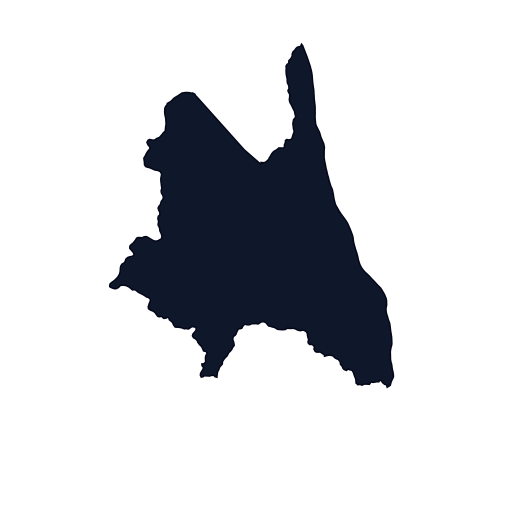 Manga, Minas Gerais, Brazil, rotated 331°
{"feature_id": "56859067B62699928720183", "entity_name": "Manga", "entity_type": "district", "adm_level": 2, "iso_a3": "BRA", "parent_name": "Brazil", "parent_adm1": "Minas Gerais", "projection": "natural_earth1", "projection_center": [-44.106, -14.67], "detail": "fine", "context": "isolated", "style": "filled", "palette": "ink", "viewbox_px": 512, "rotation_deg": 331, "n_neighbors": 0, "source": "geoboundaries", "source_scale": "gbopen_adm2", "svg_char_len": 6134}
<svg xmlns="http://www.w3.org/2000/svg" viewBox="0 0 512 512"><g transform="rotate(331 256 256)"><path d="M398.5,92.8L396.7,94.3L393.3,93.4L391.4,93.9L389.5,94.9L387.7,95.2L385.8,96.6L384.5,98.8L382.9,99.8L381.3,100.6L379.5,101.0L378.1,103.3L376.1,103.5L374.4,104.4L373.4,106.5L372.2,108.4L371.4,109.9L370.7,111.4L369.9,113.7L369.2,116.1L368.1,118.1L367.3,120.2L367.3,122.8L366.0,125.6L364.1,126.8L363.8,128.8L363.9,130.9L362.5,133.3L361.1,135.1L360.4,136.8L360.1,138.7L360.2,141.1L360.0,143.4L359.8,148.2L358.9,150.8L358.4,153.2L356.7,154.4L355.0,154.9L352.4,158.1L350.4,163.0L350.0,165.0L349.0,166.4L347.6,167.5L344.4,170.6L342.6,171.0L340.7,170.2L339.4,169.0L337.8,169.2L336.7,171.0L334.8,172.5L333.7,174.4L332.1,174.9L330.1,173.5L328.3,172.5L326.9,172.9L325.3,173.1L322.0,173.2L319.8,174.0L318.1,174.9L316.9,175.8L315.4,176.4L314.0,177.6L311.8,178.2L309.5,178.6L307.5,177.9L305.8,176.6L304.7,178.1L297.2,157.4L281.5,88.5L281.0,86.9L280.9,84.7L279.7,82.8L278.1,82.0L276.8,80.7L273.6,78.8L272.2,78.3L270.2,77.6L265.7,78.0L262.4,78.1L260.4,78.3L258.0,79.1L255.9,79.6L253.9,79.5L252.4,79.6L251.3,80.7L249.6,81.3L247.9,82.6L246.6,84.6L245.8,86.0L245.0,87.8L244.3,90.1L243.5,92.5L241.2,97.2L239.9,98.8L238.6,100.6L237.2,102.7L234.8,103.3L232.4,104.3L230.4,105.0L229.0,105.5L227.4,105.2L225.7,105.1L224.0,105.4L222.3,104.9L220.9,103.8L219.5,102.5L217.8,102.4L215.7,103.7L215.4,106.3L215.8,108.2L215.8,110.2L214.4,111.1L212.9,111.6L211.0,112.5L209.5,113.4L208.1,114.5L206.6,115.3L205.3,116.1L203.6,120.5L202.7,122.1L202.9,124.4L206.3,127.8L209.2,131.7L211.5,133.5L213.2,135.7L213.2,138.5L211.9,140.2L210.3,142.1L209.2,144.2L207.4,148.6L206.5,151.1L204.6,153.0L203.8,155.1L203.9,157.7L203.6,159.4L202.2,161.2L199.6,162.3L198.3,163.7L196.8,164.9L195.1,165.5L193.6,166.6L193.1,168.9L193.0,171.4L191.7,173.5L189.9,173.8L188.2,175.8L187.7,178.3L186.7,179.6L185.4,181.4L185.3,184.2L184.8,185.9L184.1,187.4L184.0,190.1L183.4,193.0L181.6,195.1L177.8,195.1L175.8,194.6L173.9,193.1L171.9,189.8L170.8,187.8L169.6,185.9L167.6,185.0L165.2,184.8L162.0,182.7L160.2,182.5L158.3,183.7L154.6,185.2L152.3,185.5L150.5,186.2L149.3,188.1L149.8,190.4L150.4,193.2L150.2,195.5L148.8,196.3L146.9,196.1L145.4,195.5L143.0,195.1L140.6,195.7L139.3,197.0L137.9,197.9L136.4,198.2L135.0,198.1L133.2,199.0L131.8,200.4L130.7,202.1L129.4,204.1L127.4,206.0L124.7,207.5L123.2,208.0L119.7,208.9L117.5,209.1L115.2,209.5L113.9,210.6L113.2,212.0L114.7,214.3L116.7,216.3L118.4,216.9L120.8,216.8L123.0,216.0L125.3,216.9L127.1,218.1L128.6,219.6L130.1,221.9L131.5,225.8L132.9,226.3L134.1,227.2L135.5,230.7L138.1,234.5L139.2,236.3L140.4,238.7L141.9,240.3L142.7,242.7L141.1,244.7L139.6,245.7L138.4,247.0L137.2,248.0L136.4,250.0L137.5,252.2L139.1,254.1L140.2,256.1L140.5,258.7L140.8,261.1L142.1,262.4L144.0,262.8L145.1,265.9L147.1,266.7L148.8,266.6L149.7,267.9L149.3,269.9L150.2,271.9L150.8,273.9L150.5,275.9L150.8,278.9L154.4,281.3L155.8,282.4L157.0,283.7L158.1,285.0L159.7,285.6L161.5,287.1L166.0,286.7L167.3,288.0L168.9,288.9L168.1,291.2L166.8,292.3L163.1,293.6L161.7,295.0L161.7,297.1L163.0,299.2L163.6,301.5L163.3,303.5L163.7,306.2L164.5,308.8L164.4,311.4L164.1,313.6L166.0,315.3L166.2,317.4L164.7,318.2L163.1,319.5L161.9,321.5L160.7,324.1L158.6,325.0L156.3,324.2L155.6,325.8L156.0,328.3L154.0,329.8L152.1,330.8L150.5,331.9L149.5,333.4L149.4,335.4L151.0,335.9L152.6,335.7L154.0,336.5L155.3,337.3L157.0,338.4L159.5,339.0L161.3,339.9L161.6,341.6L163.0,343.1L164.1,341.5L166.3,338.6L168.3,337.4L170.0,335.7L172.1,334.9L174.1,334.2L175.5,332.1L176.9,331.3L178.3,330.6L180.1,329.9L182.2,329.4L184.2,328.0L185.6,327.2L187.1,326.9L189.2,326.1L191.4,324.6L193.6,323.6L194.7,320.7L195.1,318.0L196.3,316.2L197.6,315.3L199.1,315.3L200.5,314.7L202.1,313.3L203.8,312.2L205.3,311.1L206.7,311.9L208.5,312.3L210.0,311.3L211.7,310.5L213.4,310.3L214.5,311.6L216.4,312.8L218.2,313.2L219.7,313.1L221.0,314.1L223.0,315.0L224.9,316.5L228.9,316.2L231.2,317.5L232.4,319.3L232.7,321.5L233.1,323.3L234.5,324.5L235.9,326.0L237.3,327.2L238.4,328.9L239.2,330.5L240.9,331.7L243.3,333.3L246.0,334.5L247.8,334.2L249.4,335.1L251.2,336.2L253.7,337.4L255.2,339.0L256.3,340.7L257.5,342.0L259.1,343.1L260.6,343.2L262.1,344.5L263.4,346.8L263.2,349.0L262.4,350.7L261.8,352.9L261.4,355.0L260.0,356.0L259.5,357.7L260.0,359.4L261.5,360.1L262.8,361.7L263.0,364.0L261.6,365.4L261.4,367.7L262.1,369.2L263.8,370.2L265.7,371.2L266.7,373.4L267.9,375.4L267.3,376.9L270.8,377.7L272.8,378.7L275.0,380.8L275.5,383.0L276.5,384.8L277.9,386.4L278.3,389.5L277.4,391.6L277.9,394.3L277.6,396.8L278.3,398.4L279.7,400.0L281.7,399.4L282.7,400.9L284.6,402.4L284.7,404.9L284.4,406.7L284.0,408.7L283.7,411.4L283.0,413.5L281.9,415.6L282.7,418.0L284.7,418.7L286.0,420.3L288.6,420.6L290.9,421.8L292.9,423.2L295.4,422.0L297.3,423.4L299.4,424.1L301.0,424.7L302.4,425.6L303.8,424.8L305.2,425.7L305.3,428.0L306.2,430.5L307.7,431.9L307.1,434.4L310.7,434.2L313.2,431.6L314.8,430.4L316.1,429.5L317.8,428.1L318.8,426.0L319.6,423.7L320.1,421.8L320.8,419.8L321.6,417.9L322.2,416.2L322.6,414.2L323.5,411.7L327.1,404.8L328.2,403.3L329.9,401.3L331.5,399.7L332.4,398.4L334.2,394.9L335.4,392.4L337.6,386.4L339.7,381.3L340.3,379.5L341.0,375.1L341.5,373.4L341.9,371.0L342.7,368.2L343.5,366.3L344.5,364.5L345.8,363.1L346.8,361.7L347.6,360.0L348.5,358.5L349.2,356.2L349.7,352.2L349.7,349.6L349.5,344.8L348.9,342.6L348.4,340.9L347.3,336.3L346.0,331.5L345.5,329.1L344.6,326.1L343.7,323.5L343.0,320.6L342.6,317.4L342.7,313.8L343.2,311.2L343.8,308.5L344.7,305.8L345.3,303.4L345.7,301.6L346.0,299.9L346.5,297.5L347.2,294.5L347.9,291.8L348.7,289.6L349.7,287.2L350.3,285.2L350.7,282.8L351.3,278.7L351.9,272.3L351.9,270.3L351.5,265.9L350.8,260.9L350.5,257.1L350.5,254.4L350.4,251.4L350.5,249.1L351.1,246.9L351.8,244.2L353.4,239.8L354.9,235.2L355.2,233.0L355.3,231.2L356.5,225.5L357.5,222.0L358.0,219.6L359.3,215.2L359.7,213.4L361.0,209.7L361.5,208.0L362.1,206.1L363.3,202.9L366.8,196.7L368.4,194.4L369.6,190.9L370.4,183.4L371.5,178.7L371.8,171.7L372.2,169.4L374.1,165.0L375.3,162.6L376.9,159.9L380.3,153.6L383.2,146.6L386.9,139.0L389.5,132.2L393.0,124.4L394.1,121.2L395.4,116.2L397.1,107.0L398.8,94.7L398.5,92.8Z" fill="#0f172a" stroke="#020617" stroke-width="1.5"/></g></svg>